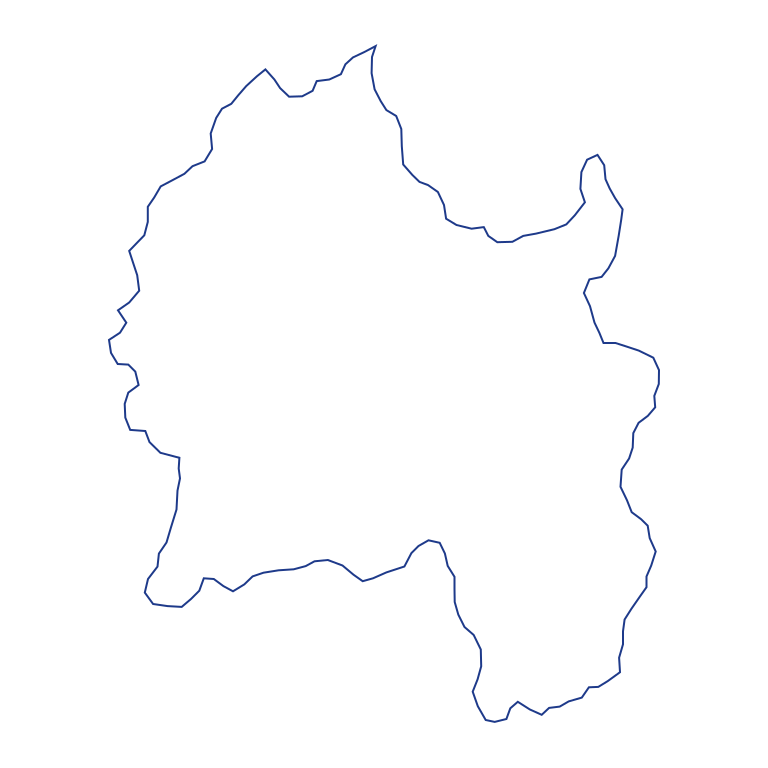 Dores do Turvo, Minas Gerais, Brazil
{"feature_id": "56859067B44427831669894", "entity_name": "Dores do Turvo", "entity_type": "district", "adm_level": 2, "iso_a3": "BRA", "parent_name": "Brazil", "parent_adm1": "Minas Gerais", "projection": "albers", "projection_center": [-43.164, -21.023], "detail": "fine", "context": "isolated", "style": "outline", "palette": "blue", "viewbox_px": 768, "rotation_deg": 0, "n_neighbors": 0, "source": "geoboundaries", "source_scale": "gbopen_adm2", "svg_char_len": 2460}
<svg xmlns="http://www.w3.org/2000/svg" viewBox="0 0 768 768"><path d="M144.8,592.6L153.1,604.0L167.6,606.1L181.7,606.9L191.1,598.9L199.3,590.7L203.8,578.3L213.8,579.0L223.4,586.1L233.0,591.3L244.3,584.4L252.6,576.4L263.5,572.7L278.6,570.3L293.7,569.3L305.7,566.1L314.5,561.3L327.8,560.0L342.5,565.5L353.5,574.7L362.7,581.2L373.0,578.3L386.4,572.4L404.4,566.5L411.4,553.1L418.5,546.0L428.5,540.3L439.7,542.8L444.9,553.5L447.7,565.9L454.5,576.8L454.5,589.2L454.7,602.0L458.3,614.6L464.5,627.0L473.7,635.0L480.8,649.5L481.2,666.3L477.6,679.3L472.7,691.7L477.8,706.2L485.7,720.0L494.7,721.9L506.4,719.0L510.3,708.3L517.8,701.8L529.9,709.5L541.7,714.8L549.1,707.9L559.7,706.6L568.7,701.4L581.8,697.6L588.9,687.3L598.3,686.9L607.9,681.0L620.0,672.2L619.1,657.7L623.0,644.3L623.0,631.3L624.6,619.5L631.4,608.8L640.0,596.4L646.5,587.2L646.5,576.5L651.2,565.6L655.7,551.5L649.7,538.1L647.7,525.7L641.1,519.2L631.7,512.2L627.0,500.3L620.5,486.8L621.7,469.6L629.1,458.5L632.7,447.6L633.3,433.1L638.6,422.8L647.8,415.9L655.2,407.3L654.3,395.9L658.8,384.0L659.0,370.1L653.3,357.7L638.8,350.6L626.1,346.4L615.5,343.0L603.5,343.0L599.4,332.9L594.5,322.6L590.0,306.2L583.9,293.0L589.4,279.4L601.6,276.9L608.4,268.3L615.1,255.9L618.7,235.7L621.2,219.8L622.6,209.3L615.1,198.1L609.7,188.5L605.5,179.2L604.2,165.2L597.5,154.9L587.1,159.7L581.4,172.1L580.4,188.9L584.9,202.3L574.8,215.3L566.3,224.4L554.4,229.2L536.1,233.6L523.2,235.9L512.4,241.8L497.3,242.2L488.3,235.9L483.8,227.1L471.6,228.7L456.5,225.0L446.1,218.7L444.0,205.0L437.9,192.0L428.1,185.1L419.5,181.9L412.4,175.0L403.2,164.5L401.8,146.2L401.3,129.0L396.2,116.0L386.4,110.1L380.7,101.1L374.6,89.3L371.6,73.2L372.0,57.0L375.6,46.1L364.0,52.2L353.0,57.4L345.4,64.3L340.9,74.2L329.3,79.5L316.7,81.1L312.6,90.8L302.2,96.3L289.1,96.7L280.1,88.1L274.4,79.5L265.4,69.4L256.9,76.3L246.3,86.0L238.3,95.2L231.3,103.8L222.0,108.7L216.2,117.9L210.7,133.5L212.1,149.0L204.6,161.4L192.5,166.2L184.4,173.8L171.5,180.7L160.7,186.4L154.2,197.5L147.8,206.8L147.8,221.9L144.3,235.3L137.6,242.2L129.2,250.9L133.1,262.8L137.2,275.2L139.2,290.7L129.2,302.5L118.0,310.3L126.3,322.7L120.0,332.7L109.0,339.9L111.0,352.9L117.7,364.0L128.3,364.6L135.3,371.6L138.6,385.0L128.3,392.6L124.7,403.9L125.3,417.6L130.2,429.9L145.3,431.0L149.5,442.1L160.4,452.8L179.4,457.8L178.7,468.5L180.0,478.4L177.5,490.6L176.5,509.5L171.0,527.3L166.5,542.5L158.9,553.6L157.5,566.6L148.0,579.0L144.8,592.6Z" fill="none" stroke="#1e3a8a" stroke-width="2"/></svg>